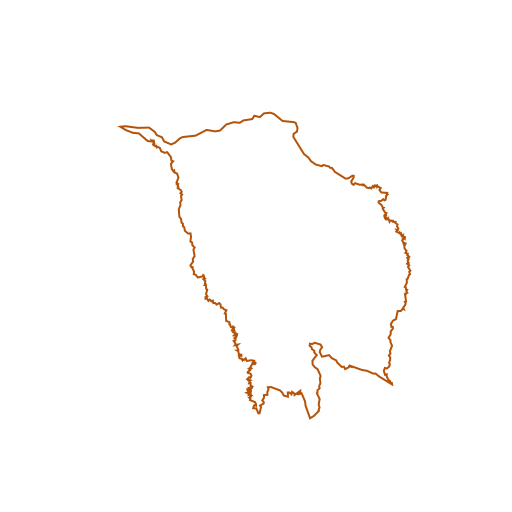 outline of Maní, Casanare, Colombia, rotated 210°
{"feature_id": "7082276B29021161154313", "entity_name": "Maní", "entity_type": "district", "adm_level": 2, "iso_a3": "COL", "parent_name": "Colombia", "parent_adm1": "Casanare", "projection": "mercator", "projection_center": [-72.273, 4.724], "detail": "fine", "context": "isolated", "style": "outline", "palette": "amber", "viewbox_px": 512, "rotation_deg": 210, "n_neighbors": 0, "source": "geoboundaries", "source_scale": "gbopen_adm2", "svg_char_len": 6129}
<svg xmlns="http://www.w3.org/2000/svg" viewBox="0 0 512 512"><g transform="rotate(210 256 256)"><path d="M282.7,384.3L284.1,387.7L288.2,391.1L290.1,390.9L300.5,386.2L311.5,388.0L315.4,387.2L320.4,383.5L322.1,378.2L327.6,376.6L327.7,372.7L334.6,367.2L336.7,363.2L342.1,360.8L347.5,355.0L349.9,346.6L353.7,343.5L361.8,340.5L368.6,329.9L378.8,322.5L380.5,320.3L382.8,313.6L385.3,310.2L392.9,309.3L396.8,311.8L402.3,311.1L405.8,312.9L412.9,313.7L422.2,308.0L434.0,303.1L438.1,300.1L431.5,300.0L424.3,301.1L418.8,303.6L407.2,301.4L403.0,303.3L403.6,303.7L401.8,303.6L403.1,304.5L402.3,304.9L401.4,304.0L400.9,301.1L400.0,300.7L399.6,301.3L398.1,300.7L397.5,301.5L396.1,300.5L395.6,301.3L393.3,301.5L390.4,299.3L386.7,299.7L384.8,301.5L379.3,299.2L377.0,296.4L375.1,296.6L375.8,293.4L372.4,289.2L369.9,288.1L369.6,289.1L368.3,287.6L365.5,287.9L362.3,285.0L361.5,279.6L360.6,279.6L360.4,278.6L359.3,279.3L358.6,277.2L357.6,276.9L357.8,275.7L353.8,275.4L352.4,274.4L352.8,272.6L350.7,272.3L350.9,270.5L348.3,267.1L348.5,264.6L346.9,262.5L346.2,257.8L342.0,251.7L339.4,250.6L337.1,247.6L335.4,247.4L334.2,245.2L332.6,245.1L330.2,242.3L326.2,241.5L324.0,242.8L322.0,240.3L320.0,235.7L318.1,235.8L316.5,233.5L313.4,232.7L313.4,230.3L309.1,225.2L309.3,221.7L307.7,219.9L308.1,215.1L306.9,214.2L305.2,214.6L304.9,213.5L301.8,211.5L300.8,209.1L298.9,209.6L295.6,208.3L291.6,212.1L292.0,213.0L291.3,212.9L290.3,211.4L288.9,211.0L290.0,209.6L287.3,208.9L286.5,206.6L285.7,206.5L285.9,205.3L284.9,205.8L282.7,202.6L281.4,202.5L280.3,198.1L277.9,196.7L279.2,195.1L278.3,193.8L277.5,194.9L274.8,193.3L274.3,195.2L272.0,194.4L271.1,195.8L269.4,193.9L268.0,194.8L265.7,194.3L264.4,196.8L262.6,196.3L260.5,193.8L259.2,194.6L256.9,193.8L254.5,194.2L254.3,190.6L253.1,190.8L249.4,184.9L246.0,185.4L244.9,183.5L244.2,183.8L242.5,182.0L240.9,182.3L240.7,183.5L239.0,183.2L239.1,182.0L237.9,181.0L239.7,180.7L239.6,179.4L237.6,180.1L237.6,178.6L236.3,179.1L235.4,177.8L234.7,179.0L233.3,179.0L233.0,178.1L234.8,178.0L235.3,176.2L233.3,177.0L232.5,176.0L233.6,174.1L232.1,173.9L231.7,172.5L232.9,171.4L229.4,169.5L229.6,168.3L227.3,170.3L227.9,168.3L224.5,166.1L224.1,165.3L225.0,164.7L223.9,164.7L221.5,162.3L219.3,163.2L218.7,162.2L221.0,161.1L219.2,159.2L217.2,159.8L215.6,158.9L215.6,160.0L214.4,159.9L213.8,162.2L211.5,160.5L208.1,163.3L205.4,164.3L205.4,161.6L203.9,162.1L204.2,163.4L202.9,163.2L202.9,161.8L204.7,161.1L205.3,159.6L205.3,156.8L204.1,156.5L205.6,155.1L203.2,154.9L205.0,154.3L204.3,153.4L205.2,151.5L204.7,150.7L201.9,151.3L200.1,150.2L199.9,147.8L201.3,147.7L202.0,145.0L198.9,145.5L199.8,144.3L198.6,144.2L198.3,142.3L197.1,143.2L195.3,140.1L195.0,141.1L193.7,141.1L193.6,139.7L196.4,137.9L195.5,137.1L195.1,138.4L194.2,138.3L192.9,136.7L193.8,135.7L194.3,137.2L196.8,136.1L195.9,135.3L192.5,135.3L191.8,134.2L194.7,133.9L195.5,133.0L193.6,133.3L193.0,132.0L192.2,133.1L190.5,133.0L191.6,131.9L190.1,131.5L191.0,129.9L189.6,129.7L189.2,128.2L183.9,129.0L181.9,127.7L181.2,126.3L182.3,126.5L183.0,125.5L182.3,122.8L179.4,124.1L175.3,120.9L174.3,121.5L176.1,127.7L177.7,128.5L175.6,132.1L176.3,133.4L178.4,134.1L178.2,137.3L179.6,139.5L176.7,141.5L178.2,143.9L178.5,146.9L180.1,148.3L177.4,150.0L168.1,151.6L164.9,150.8L162.1,149.0L158.0,150.1L160.2,153.7L159.0,154.5L156.1,153.9L156.8,156.4L153.9,156.1L153.1,154.9L150.3,161.4L149.3,159.6L151.4,158.1L151.4,157.2L150.2,157.3L147.9,159.9L140.8,154.6L138.3,151.2L128.1,142.5L126.0,146.2L124.1,153.3L124.8,153.7L125.2,156.5L127.4,158.6L129.4,164.0L134.7,167.6L134.4,168.4L135.6,170.3L134.8,173.3L136.1,174.6L136.7,178.2L139.5,181.9L140.0,184.4L146.1,188.8L149.6,189.1L152.8,190.4L154.8,193.7L153.8,200.5L157.2,201.5L158.1,203.0L160.9,203.3L162.4,204.8L164.7,205.1L165.4,207.1L163.3,207.8L161.8,210.2L155.9,211.6L153.1,210.0L153.5,207.2L152.8,204.7L148.5,201.8L143.1,206.7L139.4,205.4L134.4,205.7L132.3,204.3L126.3,202.8L124.4,204.1L122.2,202.6L120.1,205.9L120.3,207.1L118.4,207.6L119.1,208.1L107.2,210.3L102.4,212.1L95.7,212.7L93.7,214.0L89.0,213.2L73.9,212.8L74.9,214.0L76.0,213.5L77.3,214.7L79.3,214.8L82.7,217.2L83.7,218.9L84.8,217.6L87.9,220.5L88.4,223.5L86.4,224.0L85.4,227.0L85.9,229.1L87.4,230.1L87.8,233.0L89.2,235.4L91.2,236.3L90.8,238.8L92.4,240.4L93.3,246.3L96.7,248.8L97.4,250.3L100.4,251.5L100.2,255.4L101.7,258.3L101.1,261.4L102.1,263.0L103.3,262.3L105.2,264.7L105.0,268.6L103.2,271.3L105.8,279.1L103.1,280.8L102.5,283.9L101.5,283.9L102.7,284.8L102.3,288.1L103.0,290.3L104.1,290.7L103.4,291.8L107.7,297.2L107.1,297.2L107.4,298.8L106.6,299.8L108.3,300.8L108.2,302.3L109.4,302.1L110.6,303.7L111.7,303.6L112.0,308.4L113.9,311.2L113.3,312.0L114.0,316.2L113.5,317.2L115.4,318.9L115.0,320.5L118.9,322.5L118.7,324.6L120.4,324.7L120.3,325.9L121.3,325.4L121.2,326.8L122.4,328.0L122.2,329.4L124.1,329.9L123.8,331.1L123.0,330.6L122.9,332.0L125.5,332.5L125.7,333.9L128.1,333.4L128.2,335.7L131.1,336.8L133.2,339.6L132.4,340.3L132.7,341.0L133.7,340.8L133.2,341.6L135.4,341.5L137.2,342.6L136.9,344.6L137.7,344.8L137.2,345.8L135.8,345.4L136.4,346.8L138.8,346.7L139.2,347.6L139.9,346.2L141.7,348.1L142.0,347.3L143.4,348.2L143.5,347.5L146.7,347.3L146.4,348.9L147.3,349.1L146.2,349.7L146.5,351.0L148.7,352.2L149.2,354.0L152.4,354.5L152.4,355.2L154.1,354.4L154.9,354.9L155.2,354.1L156.3,354.5L157.5,353.6L157.5,352.5L159.3,354.1L160.9,353.2L161.0,354.5L162.1,353.1L162.5,353.9L163.3,353.3L164.6,354.5L163.8,354.8L164.8,355.9L163.8,356.3L164.6,357.0L164.4,358.3L165.9,358.2L169.8,360.2L169.6,361.4L170.2,361.1L172.4,362.8L176.5,363.5L177.1,364.8L175.2,366.3L174.2,368.8L172.6,368.4L171.9,369.5L173.3,373.3L172.8,375.2L174.4,375.3L174.3,376.1L179.2,373.7L182.1,374.9L182.0,377.2L185.4,377.2L185.6,376.4L186.5,377.6L187.1,376.4L187.7,376.9L188.7,376.3L188.3,374.4L189.8,374.8L189.9,372.1L191.7,372.2L192.3,371.1L194.3,370.6L198.4,371.7L198.7,370.7L199.8,371.0L201.6,369.6L206.6,368.6L207.1,366.4L209.3,366.6L210.8,368.1L210.7,372.7L211.5,374.3L212.6,373.8L214.9,369.4L217.1,367.8L229.7,368.3L234.2,370.2L235.8,369.5L237.7,370.0L243.3,368.4L243.8,366.8L249.8,365.1L255.7,365.6L260.0,367.5L265.4,368.3L283.2,377.8L284.5,380.5L282.7,384.3Z" fill="none" stroke="#b45309" stroke-width="2"/></g></svg>